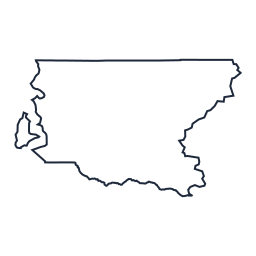 King, Washington, United States of America (Natural Earth projection)
{"feature_id": "52423323B35530413742416", "entity_name": "King", "entity_type": "district", "adm_level": 2, "iso_a3": "USA", "parent_name": "United States of America", "parent_adm1": "Washington", "projection": "natural_earth1", "projection_center": [-121.9, 47.433], "detail": "fine", "context": "isolated", "style": "outline", "palette": "slate", "viewbox_px": 256, "rotation_deg": 0, "n_neighbors": 0, "source": "geoboundaries", "source_scale": "gbopen_adm2", "svg_char_len": 3735}
<svg xmlns="http://www.w3.org/2000/svg" viewBox="0 0 256 256"><path d="M192.6,195.9L189.1,193.7L188.2,189.8L190.4,186.9L194.9,185.1L199.5,186.9L204.4,185.7L205.2,183.7L202.2,178.7L203.9,176.1L202.2,171.3L194.8,168.9L195.5,165.8L198.7,164.4L199.3,161.8L198.5,157.7L187.6,156.0L185.2,156.2L184.4,153.1L182.6,152.4L184.7,147.3L182.5,145.5L179.2,140.7L183.5,139.9L185.3,136.5L185.1,130.4L187.7,129.6L191.7,127.6L192.6,123.7L198.8,119.4L204.3,117.5L207.2,111.1L210.4,110.2L214.7,106.0L217.5,101.1L223.7,101.7L224.4,97.1L233.4,95.7L230.3,86.2L232.1,78.5L234.6,77.8L240.6,72.9L237.3,70.0L238.6,67.9L236.3,64.2L233.7,64.1L232.4,59.9L180.6,59.8L180.5,60.2L160.8,60.5L108.0,60.5L98.1,60.8L93.2,60.8L71.2,60.6L61.8,60.5L59.4,60.5L55.2,60.5L51.1,60.4L48.0,60.4L46.5,60.4L35.9,60.3L36.2,61.4L38.3,64.1L38.0,65.9L39.4,69.8L38.9,72.3L38.6,73.2L38.3,73.8L36.3,75.3L34.7,77.7L34.1,79.5L30.7,83.6L33.0,87.4L34.6,88.5L36.2,89.1L37.4,89.0L40.2,90.4L43.7,93.4L43.8,93.7L44.5,95.3L44.0,96.9L43.8,97.0L41.7,98.2L39.8,98.5L39.0,98.1L37.2,96.0L34.9,98.3L32.0,99.9L33.7,101.3L35.5,105.0L36.1,109.9L35.7,111.8L37.3,114.4L40.5,117.1L41.1,118.4L40.1,122.8L37.8,124.5L40.3,125.1L41.0,125.6L42.1,126.2L42.7,128.4L42.7,129.9L43.2,131.3L45.1,132.8L46.2,134.3L46.6,136.1L46.7,141.3L46.7,144.5L44.9,145.9L40.6,147.0L32.3,150.0L45.1,161.3L45.1,162.4L45.7,162.4L51.3,162.5L61.4,162.4L61.9,162.4L63.5,162.4L66.4,162.4L71.3,162.4L74.6,162.5L75.4,162.8L75.6,163.2L75.5,163.7L75.6,164.5L76.0,165.0L77.1,165.6L77.6,165.8L77.9,166.5L77.6,166.9L77.7,167.4L78.0,167.5L78.5,167.7L78.9,168.2L78.9,168.8L79.0,169.5L79.3,170.1L79.4,171.0L80.1,172.0L80.8,173.0L81.7,173.7L82.3,174.4L83.3,174.9L84.6,175.7L86.0,176.1L87.0,176.5L87.5,177.2L88.4,177.9L88.8,178.7L89.3,179.3L90.1,179.3L90.5,179.1L91.4,178.8L92.4,178.6L93.5,178.8L94.5,178.5L95.6,178.9L95.8,179.3L96.8,179.5L97.2,179.2L97.8,179.4L97.8,179.8L98.0,180.5L98.7,180.9L99.2,180.7L100.0,180.8L100.8,181.3L101.2,181.8L102.1,182.3L102.9,182.1L104.3,182.7L104.6,184.6L106.0,185.6L106.6,185.8L107.4,185.1L108.0,184.5L108.6,183.7L110.1,183.5L111.1,183.3L111.6,182.8L112.9,182.6L114.4,182.9L115.6,182.8L115.9,183.1L116.8,183.3L117.3,183.1L118.0,183.2L118.3,183.6L118.8,184.1L119.3,184.0L120.3,184.4L121.0,184.8L121.9,184.6L122.3,184.2L122.7,183.5L123.7,182.8L124.7,181.9L125.7,181.5L126.1,180.8L126.9,180.2L127.9,179.6L128.5,179.0L129.0,179.1L129.6,179.0L130.5,179.1L131.2,179.2L131.8,180.3L132.6,180.4L133.6,180.1L134.3,180.6L135.0,180.9L135.8,181.1L136.1,180.9L136.6,180.7L136.9,181.1L138.3,181.8L139.1,182.4L139.9,183.2L141.0,183.2L142.7,183.3L144.0,183.4L145.1,183.6L145.8,183.4L146.5,182.8L147.2,182.5L148.1,182.3L148.4,181.8L149.1,181.6L149.5,181.8L150.3,182.1L151.0,182.5L151.9,182.4L152.9,182.9L153.7,182.9L154.3,183.1L154.9,183.4L155.6,184.1L155.9,184.6L156.8,184.9L157.4,185.9L158.1,186.8L158.8,187.7L159.4,188.5L159.6,189.1L160.2,189.3L161.1,189.6L161.6,189.7L162.1,189.5L162.6,189.4L163.4,189.5L164.1,189.5L164.8,189.5L165.3,189.1L166.0,188.9L167.2,188.8L168.0,188.9L169.0,188.6L170.2,188.6L171.0,188.8L171.8,188.9L172.6,189.0L173.0,189.5L173.4,189.8L174.3,190.0L174.9,190.2L175.2,190.1L175.7,190.2L176.0,190.5L176.4,191.1L177.1,191.4L177.4,191.7L177.7,192.4L178.1,192.9L179.0,193.6L179.8,194.4L181.0,195.3L182.0,195.8L182.6,196.2L184.4,196.0L185.9,195.8L186.9,195.4L187.7,195.2L188.7,195.6L190.7,195.5L192.3,195.7L192.6,195.9ZM15.7,142.5L15.4,145.1L16.8,147.5L18.9,148.0L20.8,148.1L21.0,147.2L24.4,145.3L26.3,145.7L26.8,145.6L27.7,143.3L29.3,141.2L34.9,138.1L38.5,137.3L39.2,136.6L35.9,134.6L30.9,134.0L29.3,133.0L29.0,131.1L29.1,122.9L30.0,121.4L25.9,117.4L25.9,116.0L27.1,114.1L23.7,112.6L22.4,118.1L20.1,119.5L17.7,124.8L17.5,131.7L15.6,134.7L17.0,140.6L15.7,142.5Z" fill="none" stroke="#1e293b" stroke-width="2"/></svg>